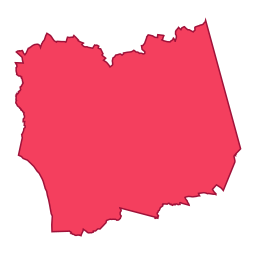 the district of Sabanalarga, Atlántico, Colombia
{"feature_id": "7082276B39650690530717", "entity_name": "Sabanalarga", "entity_type": "district", "adm_level": 2, "iso_a3": "COL", "parent_name": "Colombia", "parent_adm1": "Atlántico", "projection": "albers", "projection_center": [-74.958, 10.621], "detail": "fine", "context": "isolated", "style": "filled", "palette": "rose", "viewbox_px": 256, "rotation_deg": 0, "n_neighbors": 0, "source": "geoboundaries", "source_scale": "gbopen_adm2", "svg_char_len": 5563}
<svg xmlns="http://www.w3.org/2000/svg" viewBox="0 0 256 256"><path d="M147.9,35.1L147.4,36.1L146.7,36.9L146.6,37.8L144.5,43.7L143.7,44.3L143.0,45.4L142.7,45.6L142.2,45.7L141.5,45.7L142.1,49.4L144.8,51.7L144.9,52.1L144.7,53.5L143.7,53.9L143.1,53.9L141.7,53.3L140.9,53.2L139.3,53.4L139.0,52.9L138.5,52.5L137.5,52.1L136.5,52.1L135.9,51.9L134.6,50.8L133.8,50.3L132.7,51.1L131.5,51.7L130.7,51.9L127.1,52.3L123.5,53.0L123.6,53.8L122.0,55.1L120.6,54.0L119.2,54.1L118.4,54.5L115.7,55.1L114.6,56.9L113.9,57.4L113.4,57.6L113.0,57.9L112.9,58.3L112.3,60.9L112.6,62.6L112.7,64.5L112.2,65.3L110.0,66.9L108.6,64.7L106.7,62.5L105.8,61.8L103.5,60.3L105.7,58.2L102.7,55.8L102.0,55.0L102.3,54.5L103.0,53.8L100.6,48.8L99.6,48.8L98.2,48.1L98.4,47.2L98.8,46.2L97.3,45.3L96.4,45.1L95.2,45.3L94.7,45.0L93.8,46.3L92.7,48.2L88.1,47.3L87.1,46.8L86.6,46.8L85.6,46.9L84.1,46.6L83.5,46.2L81.8,44.6L82.6,43.7L83.4,43.1L82.9,42.8L81.5,42.4L79.9,41.7L78.1,40.6L78.4,40.1L75.6,37.1L74.3,36.0L73.9,35.5L73.3,36.4L73.0,37.3L71.3,37.2L69.6,37.5L67.5,37.2L66.9,39.1L66.2,41.6L65.8,42.1L64.8,41.7L64.3,41.6L61.5,41.6L57.0,41.3L56.5,42.1L54.2,40.8L52.6,38.6L51.8,37.3L50.6,35.7L49.7,35.0L46.9,33.3L45.7,35.8L45.1,37.7L44.3,40.0L42.8,41.8L42.4,42.8L41.7,43.8L40.5,47.4L40.1,46.1L39.2,45.0L38.3,44.4L37.3,44.2L34.5,44.6L32.3,45.7L31.2,46.7L30.2,47.2L29.8,47.8L28.3,48.3L26.1,53.2L25.3,54.1L25.2,54.5L24.9,54.8L24.1,53.9L23.2,52.6L23.0,51.7L22.2,50.5L19.8,51.1L19.6,50.8L17.5,51.1L16.3,52.0L21.9,57.1L22.2,58.0L22.4,59.9L23.2,63.0L15.4,62.7L15.6,63.2L15.9,63.5L16.1,64.1L16.7,64.5L16.8,65.6L17.0,66.3L16.8,66.9L16.1,67.7L16.0,67.9L16.2,68.6L16.1,70.6L16.3,71.1L16.2,71.6L16.8,73.4L16.8,73.7L16.6,74.3L16.8,74.6L17.5,75.0L18.3,75.7L18.6,75.9L20.7,76.2L21.0,76.7L21.1,77.2L21.2,77.3L21.6,77.3L21.4,78.0L22.3,79.3L22.4,80.6L22.7,81.6L22.6,82.1L23.1,82.7L23.0,83.4L22.5,83.9L22.4,84.5L21.8,85.1L21.5,85.6L21.4,86.4L21.0,86.5L20.7,86.9L20.3,86.9L20.2,87.7L20.4,88.3L20.5,89.1L20.7,89.4L20.2,90.6L19.8,90.6L18.4,91.7L18.4,92.0L18.8,91.8L18.9,92.1L18.5,92.4L18.4,93.0L17.9,93.6L17.6,93.8L17.0,93.5L16.9,94.1L16.7,94.1L16.2,94.4L16.5,95.3L15.8,96.0L16.2,96.4L16.1,97.2L16.2,98.1L15.9,99.2L16.4,100.1L16.2,100.4L16.4,100.5L16.0,101.4L15.8,102.9L16.5,103.9L17.5,105.9L19.3,107.3L19.7,108.1L19.9,108.2L20.1,108.0L20.0,107.9L20.2,108.0L21.1,110.1L21.5,110.3L21.6,110.0L21.9,110.5L22.5,110.8L22.7,111.5L23.2,112.2L23.8,112.3L24.1,112.9L23.7,113.8L24.0,115.0L24.5,115.9L24.4,117.8L23.3,118.9L23.1,121.7L24.7,121.6L24.3,123.3L24.5,123.7L24.3,124.7L24.1,125.2L25.1,125.9L25.1,127.5L23.9,128.5L23.6,130.7L22.3,133.9L21.7,134.4L21.9,135.0L21.9,135.9L22.3,137.8L21.3,142.2L18.5,155.2L21.4,156.5L23.1,158.4L27.5,160.2L33.8,166.3L37.1,171.1L39.2,173.3L42.2,178.9L43.2,181.3L45.0,187.5L45.2,188.4L46.7,191.4L47.4,195.3L48.6,199.6L49.7,205.1L51.2,213.7L52.3,216.0L51.8,224.8L52.0,231.7L68.6,231.2L69.2,231.0L69.7,231.5L70.6,231.8L71.3,232.8L70.8,233.2L71.0,233.4L71.5,232.9L71.9,233.6L72.2,233.9L73.0,234.3L73.9,234.4L75.2,235.3L76.8,235.3L77.7,235.0L78.8,235.1L79.2,235.0L79.6,235.3L79.9,235.2L81.0,235.7L81.6,233.9L83.0,231.0L83.3,229.2L86.8,231.7L87.3,232.4L88.7,232.9L90.2,232.7L91.3,232.8L93.3,232.1L93.3,231.1L95.6,230.9L97.5,229.1L98.6,228.8L100.0,229.0L106.0,222.7L106.5,220.5L109.3,219.4L110.6,219.2L111.7,219.4L112.9,219.2L114.3,219.3L115.5,219.3L116.3,219.7L116.8,220.2L118.4,220.0L118.8,219.8L120.3,218.4L120.8,216.8L121.2,216.0L120.3,214.8L120.1,214.0L120.2,212.3L121.1,210.9L121.1,210.2L120.9,209.5L120.0,208.3L119.9,207.9L155.7,217.3L155.7,217.6L155.3,217.6L155.2,217.9L155.1,218.0L155.3,218.1L155.3,218.3L155.6,218.3L155.6,217.9L157.0,218.0L157.6,218.2L157.6,217.9L157.9,218.0L158.0,217.6L158.0,217.0L157.6,216.9L158.2,216.4L158.5,215.9L158.3,215.5L157.9,215.2L157.3,214.2L157.2,213.7L157.3,212.8L158.1,212.1L158.3,210.9L159.2,210.5L160.4,207.6L162.7,205.9L162.8,205.3L162.5,204.7L162.7,204.2L163.1,203.8L163.3,203.9L163.5,204.2L164.2,203.9L165.2,204.0L165.7,203.9L166.2,204.1L167.1,204.0L167.4,204.1L168.2,203.4L169.0,203.3L169.4,203.4L169.7,203.7L170.0,204.3L170.5,204.2L170.9,204.6L171.4,204.3L171.7,204.3L172.0,205.1L172.5,205.3L172.7,205.1L173.2,204.9L174.1,204.1L174.3,204.2L174.3,204.6L174.8,204.8L175.4,204.7L175.7,204.1L176.3,203.9L176.9,204.0L177.3,204.4L177.8,204.4L178.1,204.6L178.6,204.5L178.8,204.6L179.3,204.4L179.5,204.1L179.7,204.4L180.0,204.4L179.8,203.0L179.9,202.7L180.1,202.6L181.1,202.8L181.5,203.1L189.1,205.2L188.9,204.3L187.5,202.1L187.1,200.8L185.7,199.1L185.0,197.4L186.5,196.8L188.6,196.4L191.1,196.6L192.0,196.8L192.9,196.8L196.3,196.4L198.1,195.9L199.6,195.8L198.7,194.1L198.5,193.4L203.5,192.7L204.8,192.8L206.4,193.2L207.4,193.7L208.7,193.5L213.3,194.2L214.9,194.2L215.3,194.2L215.9,194.6L216.0,193.9L213.9,191.7L212.5,189.3L215.5,185.9L216.5,184.9L220.7,187.6L222.1,189.0L223.3,190.5L234.9,162.0L234.9,160.7L234.0,156.3L234.5,155.2L235.5,155.6L235.4,154.8L236.1,154.1L235.8,153.8L240.6,148.8L205.6,20.3L205.2,21.9L204.1,22.9L203.0,24.3L201.5,24.9L200.2,25.1L199.2,25.7L198.3,25.9L195.2,27.0L194.8,27.7L195.0,30.1L194.3,30.8L193.6,31.3L193.2,31.9L191.6,31.1L189.3,29.8L187.7,29.7L186.0,28.3L184.4,26.7L184.1,26.7L181.8,27.9L180.9,29.7L178.5,27.4L178.0,28.4L177.5,28.7L176.8,29.8L176.3,30.1L175.6,31.4L175.5,34.1L176.3,35.6L176.4,37.1L175.9,39.1L175.5,39.9L175.2,41.8L175.0,40.5L173.5,38.1L173.2,38.3L173.0,39.3L172.7,39.8L171.0,40.9L170.0,41.9L167.2,41.7L163.8,40.8L162.3,40.1L161.9,39.9L162.7,39.1L163.1,37.4L163.9,35.6L163.5,35.4L157.8,34.7L157.6,36.0L157.6,37.5L154.9,37.3L152.7,35.9L150.0,35.2L148.3,34.9L147.9,35.1Z" fill="#f43f5e" stroke="#9f1239" stroke-width="1.5"/></svg>